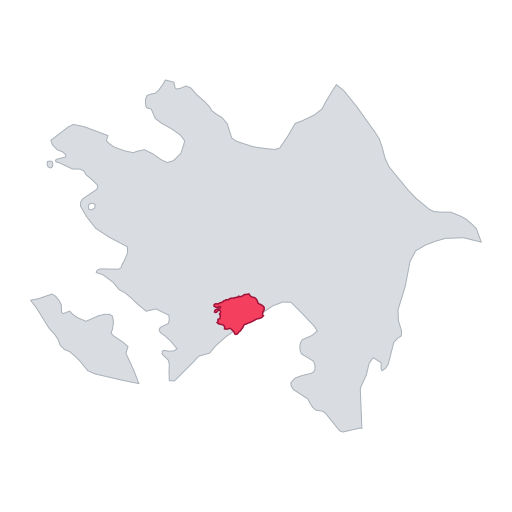 location of Fuzuli District, Füzuli, Azerbaijan
{"feature_id": "54616110B29637726057754", "entity_name": "Fuzuli District", "entity_type": "district", "adm_level": 2, "iso_a3": "AZE", "parent_name": "Azerbaijan", "parent_adm1": "Füzuli", "projection": "natural_earth1", "projection_center": [47.279, 39.566], "detail": "fine", "context": "in_parent", "style": "filled", "palette": "rose", "viewbox_px": 512, "rotation_deg": 0, "n_neighbors": 0, "source": "geoboundaries", "source_scale": "gbopen_adm2", "svg_char_len": 4823}
<svg xmlns="http://www.w3.org/2000/svg" viewBox="0 0 512 512"><path d="M361.9,428.3L359.6,428.1L343.0,432.0L339.6,430.8L325.3,413.1L322.4,411.1L316.2,410.3L312.6,407.4L309.7,402.6L308.0,399.1L293.3,389.5L291.1,386.0L290.8,382.9L293.0,380.2L295.5,377.8L302.6,375.4L311.0,373.4L313.6,371.9L315.0,369.3L314.9,365.3L313.5,361.2L301.5,353.9L300.2,350.8L299.8,346.9L300.4,342.9L302.3,339.7L312.1,335.4L317.3,330.9L314.0,326.0L303.4,314.7L290.9,302.2L282.5,302.1L272.9,305.8L257.5,316.4L249.0,320.9L237.9,328.4L225.8,336.8L215.8,345.7L209.7,353.0L198.6,356.3L193.0,362.4L174.5,380.9L169.3,380.7L169.0,371.5L169.3,364.2L168.2,360.0L162.2,354.3L162.1,351.8L163.7,350.3L168.3,351.2L174.2,350.9L177.0,348.7L170.7,341.1L165.1,336.0L160.4,332.6L159.3,330.6L159.3,329.2L160.4,327.4L168.5,323.3L169.3,319.5L168.8,315.2L155.9,308.9L146.2,311.2L137.6,304.2L132.1,298.7L125.2,292.9L119.0,289.6L113.1,282.3L102.9,274.7L96.3,272.6L96.4,271.4L97.6,270.0L100.4,268.9L118.7,269.2L121.0,267.8L122.1,264.6L124.7,259.8L127.6,252.7L127.4,246.8L109.0,237.1L95.7,228.3L86.6,216.7L80.4,206.0L80.6,202.4L82.4,199.1L96.8,189.3L97.7,186.7L97.4,185.0L92.4,180.0L86.0,174.8L84.0,171.0L80.0,169.1L72.4,169.0L59.0,162.6L56.2,162.0L55.5,160.7L56.2,159.4L65.8,156.9L65.7,154.7L62.8,152.0L57.4,149.9L52.5,144.9L50.8,140.3L68.2,127.0L73.3,124.4L84.6,126.8L108.0,135.6L106.4,140.5L108.7,143.3L114.1,147.0L124.4,150.8L133.2,152.7L137.6,151.1L144.4,149.7L153.1,154.0L161.1,159.6L165.2,161.8L167.3,162.5L173.4,160.7L180.8,153.5L183.7,144.9L184.6,140.7L180.3,135.0L171.5,128.8L161.6,123.3L155.3,118.5L151.2,109.0L147.1,108.0L146.1,106.7L145.5,103.5L145.6,99.0L147.1,95.5L151.1,94.0L155.1,93.4L158.8,90.1L163.4,83.6L165.3,80.0L173.9,82.1L175.1,87.9L176.6,89.1L180.2,88.4L186.1,86.0L190.8,87.9L196.9,94.8L205.3,102.2L209.8,107.1L211.6,110.5L215.9,113.8L222.2,117.7L227.2,123.7L231.7,137.9L236.2,141.2L252.4,146.5L258.1,147.6L274.1,149.5L279.7,148.2L287.9,136.0L295.2,123.4L302.1,120.8L314.6,114.8L322.0,109.0L325.1,102.9L332.1,91.2L336.4,84.7L343.7,90.5L356.5,106.3L374.9,132.0L379.4,139.2L382.3,147.7L384.9,157.9L389.1,166.9L407.8,189.7L415.8,198.1L428.9,209.0L433.6,211.5L439.7,212.1L450.8,212.2L461.2,216.4L466.3,219.4L471.6,223.8L476.4,228.8L481.3,242.1L463.3,237.7L445.3,238.4L435.1,241.3L425.3,245.2L415.8,250.7L410.0,261.5L405.2,286.5L398.0,309.8L398.4,320.6L401.6,331.0L401.3,335.9L398.0,338.0L393.8,342.4L388.3,363.9L385.6,368.2L382.0,370.8L381.0,368.3L381.2,362.7L373.2,357.7L369.1,363.3L366.3,375.1L360.6,387.5L360.3,389.9L361.9,428.3ZM94.5,208.2L95.3,204.9L93.1,203.4L90.7,203.3L88.6,205.0L88.6,209.1L91.4,209.9L94.5,208.2ZM34.6,305.6L31.9,302.1L30.7,300.2L38.7,298.6L52.0,294.0L55.6,296.3L59.4,300.9L61.3,305.0L61.6,312.4L63.2,313.6L69.7,311.1L72.5,314.1L77.5,317.7L86.1,321.3L98.5,315.7L104.7,314.3L109.8,314.4L112.5,316.2L113.5,322.0L112.5,329.1L111.0,333.0L113.6,335.9L123.8,342.8L128.0,346.6L125.9,353.3L133.4,369.5L135.9,375.8L138.9,383.6L123.3,380.5L95.3,374.0L87.6,370.6L80.4,361.6L76.1,357.2L69.7,351.6L64.4,349.5L60.4,345.6L58.2,339.8L54.9,334.6L49.2,328.5L36.3,307.7L34.6,305.6ZM52.4,166.8L50.6,168.0L48.0,166.8L47.2,164.3L47.4,161.6L50.1,161.0L52.2,161.7L52.8,164.2L52.4,166.8Z" fill="#d9dde1" stroke="#a8b0b8" stroke-width="1"/><path d="M238.6,296.3L238.1,296.6L237.3,297.3L235.1,297.5L234.4,298.0L233.6,298.1L232.4,298.1L231.2,298.2L230.3,298.4L229.1,299.0L228.4,299.6L227.4,299.9L226.4,299.7L225.8,299.8L225.0,300.5L223.6,300.9L222.8,301.7L222.1,302.3L221.0,302.5L219.5,303.0L218.6,303.8L215.2,303.8L214.1,304.8L214.0,306.1L215.1,306.8L216.1,307.3L217.1,307.4L218.3,307.3L218.8,306.7L219.7,306.6L220.7,307.0L220.5,307.6L220.2,308.1L219.5,308.5L218.7,308.9L217.0,309.1L215.8,309.6L214.8,310.5L214.6,311.4L214.5,312.0L215.3,312.4L215.8,312.5L216.7,312.1L217.4,311.4L217.6,311.0L218.6,310.3L219.8,310.4L220.6,311.3L220.6,311.8L220.5,312.6L220.2,313.1L219.6,313.6L219.5,314.4L219.9,314.8L220.5,315.3L220.2,316.1L220.2,317.0L220.1,318.1L219.5,318.8L218.3,319.1L217.8,319.9L218.0,322.0L217.1,322.5L218.5,323.8L220.4,324.3L221.5,324.5L222.9,324.9L223.9,325.7L224.6,326.6L224.6,327.8L224.5,328.8L225.8,329.2L227.5,329.0L229.2,328.5L230.3,328.4L231.4,329.3L232.4,330.2L233.0,330.9L234.3,332.4L234.6,333.7L235.2,334.3L235.9,334.3L236.8,334.3L238.3,332.9L239.0,331.8L240.4,330.9L241.6,329.0L242.6,328.0L243.9,325.1L244.8,324.3L246.5,324.0L248.4,322.9L250.1,322.5L251.7,321.7L252.9,321.1L254.6,320.2L256.4,319.1L259.5,318.4L261.6,317.6L262.8,316.4L263.4,315.8L262.8,315.5L262.6,313.4L263.1,311.5L264.2,309.8L264.1,307.3L262.8,305.8L261.1,304.7L259.4,304.0L257.7,302.8L257.7,301.7L256.7,299.7L255.4,298.1L253.9,297.4L251.4,296.9L249.9,295.4L248.9,293.9L248.7,294.0L247.6,294.2L245.9,294.5L244.7,294.5L243.8,294.9L242.8,295.8L241.8,296.2L241.0,296.5L239.8,296.8L238.9,296.7L238.6,296.5L238.6,296.3Z" fill="#f43f5e" stroke="#9f1239" stroke-width="1.5"/></svg>